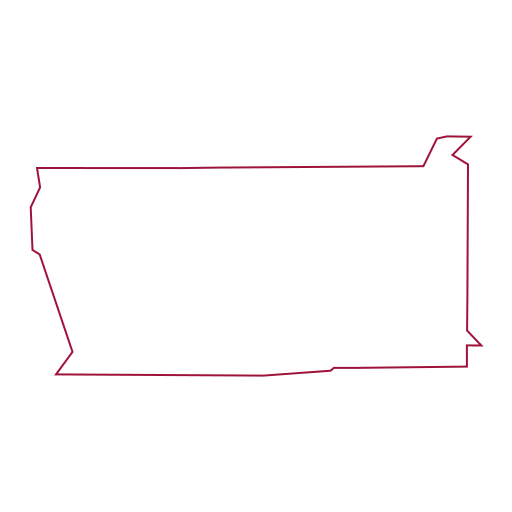 Dougherty, Georgia, United States of America
{"feature_id": "52423323B49559413251956", "entity_name": "Dougherty", "entity_type": "district", "adm_level": 2, "iso_a3": "USA", "parent_name": "United States of America", "parent_adm1": "Georgia", "projection": "albers", "projection_center": [-84.195, 31.543], "detail": "fine", "context": "isolated", "style": "outline", "palette": "rose", "viewbox_px": 512, "rotation_deg": 0, "n_neighbors": 0, "source": "geoboundaries", "source_scale": "gbopen_adm2", "svg_char_len": 431}
<svg xmlns="http://www.w3.org/2000/svg" viewBox="0 0 512 512"><path d="M181.8,168.1L37.0,168.0L40.1,187.4L30.7,207.3L32.5,249.9L39.7,254.5L53.5,295.5L72.5,351.9L56.0,374.4L263.6,375.6L330.6,370.7L333.8,367.9L354.5,367.9L466.9,366.6L466.9,345.4L481.3,345.5L467.1,330.6L467.4,295.5L468.0,164.4L452.5,155.0L470.6,136.7L446.9,136.4L436.9,138.6L423.4,166.2L216.6,167.6L181.8,168.1Z" fill="none" stroke="#9f1239" stroke-width="2"/></svg>